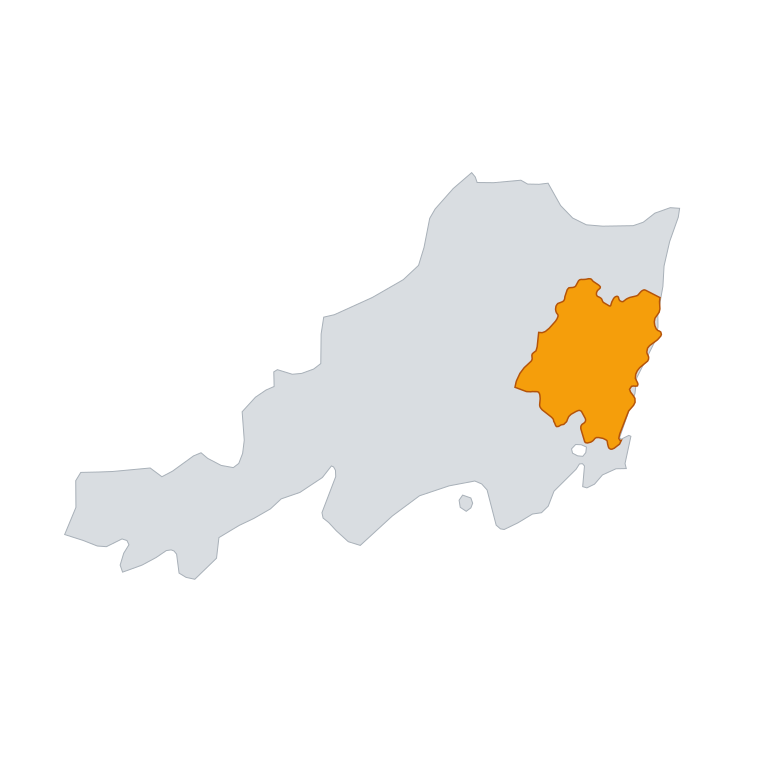 Lori highlighted on a map of Armenia, rotated 110°
{"feature_id": "ARM-1674", "entity_name": "Lori", "entity_type": "Province", "adm_level": 1, "iso_a3": "ARM", "parent_name": "Armenia", "parent_adm1": "", "projection": "natural_earth1", "projection_center": [44.445, 40.946], "detail": "fine", "context": "in_parent", "style": "filled", "palette": "amber", "viewbox_px": 768, "rotation_deg": 110, "n_neighbors": 0, "source": "natural_earth", "source_scale": "10m", "svg_char_len": 4651}
<svg xmlns="http://www.w3.org/2000/svg" viewBox="0 0 768 768"><g transform="rotate(110 384 384)"><path d="M341.8,463.5L335.9,454.4L306.6,424.5L279.4,401.6L260.7,392.1L241.9,393.1L212.7,397.7L202.0,395.8L176.6,385.8L155.4,373.9L158.3,369.0L162.8,365.4L157.4,350.0L145.7,325.1L147.0,317.4L143.3,306.6L139.2,298.5L155.9,279.1L163.5,263.5L165.2,248.3L160.9,232.5L150.0,204.0L143.3,195.7L130.8,187.9L120.4,175.3L117.8,166.3L126.6,164.5L152.4,164.3L177.3,161.2L196.9,155.3L225.2,150.4L236.8,146.0L250.4,143.9L291.8,148.6L307.2,144.9L353.7,144.3L354.9,142.4L348.6,136.4L348.7,134.1L376.3,130.3L380.6,127.4L384.3,137.0L394.7,147.6L406.1,151.9L412.2,157.8L412.5,162.2L392.4,167.6L391.0,170.3L392.3,173.0L398.3,174.3L426.6,187.6L442.6,187.9L451.1,192.0L455.4,200.0L468.8,210.8L479.6,221.3L480.3,225.0L478.3,230.3L448.3,250.9L444.5,258.0L444.1,265.5L457.4,287.9L476.9,312.4L505.1,331.0L543.8,351.1L544.4,363.6L538.3,378.5L533.1,388.6L530.8,395.4L526.1,398.3L487.5,397.7L481.7,400.1L479.2,403.0L479.0,405.4L492.9,409.9L514.6,425.9L527.1,441.3L540.2,448.0L554.8,460.3L566.5,471.8L584.8,486.6L605.0,481.8L632.2,495.0L633.4,503.9L631.8,511.9L614.8,520.7L612.7,524.3L612.7,527.3L615.0,531.6L625.0,538.8L636.9,549.4L650.2,565.3L644.4,570.0L632.0,570.7L622.3,568.7L619.0,572.0L619.2,577.2L631.8,589.2L634.3,598.0L633.9,613.3L634.7,632.6L605.3,631.3L580.3,640.6L570.8,638.7L564.4,622.3L559.0,609.0L542.9,575.0L547.1,561.0L538.2,552.9L516.7,538.4L511.2,532.4L514.2,524.2L516.2,509.2L514.1,497.0L508.3,493.3L497.6,493.1L484.6,496.1L458.6,507.8L440.4,500.3L430.0,492.8L423.9,486.4L410.3,491.7L407.0,489.1L406.2,473.5L402.2,465.0L394.0,455.2L386.4,450.4L358.5,460.2L341.8,463.5ZM384.5,183.2L385.3,177.6L384.0,172.5L379.5,170.9L374.0,172.2L373.6,177.8L375.3,183.2L380.8,185.6L384.5,183.2ZM473.8,270.2L467.5,273.7L461.5,272.1L461.4,263.4L465.7,259.9L470.7,260.0L475.5,263.2L473.8,270.2Z" fill="#d9dde1" stroke="#a8b0b8" stroke-width="1"/><path d="M350.4,145.4L354.8,144.8L356.5,142.6L355.8,141.7L359.9,142.1L365.6,145.7L367.3,147.5L367.7,148.7L367.6,149.8L367.2,150.8L366.4,151.6L364.0,153.3L361.6,154.6L360.9,155.2L360.5,156.7L360.2,159.6L360.9,164.0L361.7,166.1L363.0,167.2L364.3,167.6L366.1,168.4L367.9,169.8L369.8,172.6L370.2,174.3L369.7,175.6L358.8,183.7L357.0,184.4L355.6,184.5L354.2,184.1L352.1,182.6L350.9,182.1L349.8,182.0L348.7,182.3L347.6,183.0L342.2,189.1L341.9,190.3L342.0,191.5L342.6,192.5L344.2,194.2L348.4,197.8L350.6,198.9L351.7,199.3L354.2,199.5L356.5,199.5L357.1,199.6L357.7,199.9L358.2,200.2L360.2,201.1L360.7,201.6L361.5,203.1L362.1,203.8L364.1,205.4L365.0,207.1L364.6,208.2L363.7,209.1L362.7,209.9L361.3,211.4L360.8,211.9L360.0,212.3L359.2,212.9L358.5,214.0L357.8,215.5L354.2,226.5L353.3,228.1L352.4,229.3L351.3,230.2L350.1,230.7L344.4,232.2L341.2,233.7L339.9,234.6L338.8,236.0L338.8,237.1L339.0,238.1L339.5,239.4L340.4,242.1L341.1,243.4L342.4,247.5L342.3,259.8L337.3,260.5L335.6,260.6L327.5,259.9L320.6,257.8L312.2,253.5L311.1,253.3L309.8,253.3L306.6,254.8L305.2,255.0L303.6,254.3L300.8,252.5L296.6,252.8L282.6,256.3L281.7,253.0L280.5,251.5L279.4,250.3L275.1,247.8L266.3,244.3L263.6,243.7L261.3,243.6L260.5,243.7L259.9,244.0L259.3,244.5L258.1,246.3L256.8,247.4L255.0,248.4L252.1,249.0L250.3,248.7L248.9,248.2L248.1,247.3L246.4,245.3L245.2,244.1L244.1,243.5L243.0,243.4L242.2,243.4L240.0,243.9L232.9,244.1L231.8,243.8L230.4,243.2L229.9,242.3L228.7,239.6L227.6,238.1L226.4,237.4L220.4,236.5L219.1,235.7L218.3,234.5L217.9,233.2L217.2,231.5L216.5,230.0L215.1,227.8L214.6,226.3L214.6,225.0L215.9,222.8L216.1,222.2L217.5,216.5L217.9,215.3L218.4,214.4L218.6,214.2L218.8,213.9L219.3,213.8L219.8,213.7L220.4,213.9L223.1,215.3L224.3,215.5L225.6,215.5L227.0,215.1L228.0,214.4L228.6,213.4L228.8,211.1L229.1,209.7L229.7,208.5L231.7,206.7L232.3,205.7L233.6,198.9L233.3,198.1L232.8,197.8L229.0,198.0L225.2,197.5L224.0,197.1L223.0,196.5L222.1,195.5L221.8,194.6L222.0,193.8L222.4,193.3L223.9,192.3L224.6,191.6L225.1,190.7L225.3,189.1L225.1,188.2L224.8,187.5L224.3,187.2L221.3,185.3L220.0,184.1L218.5,182.5L215.4,177.7L214.4,176.4L213.6,175.8L209.7,174.3L208.5,173.7L207.0,172.4L206.5,171.5L206.4,170.2L208.4,154.5L208.4,154.2L208.5,154.2L212.3,153.3L219.1,150.4L222.5,150.0L229.6,151.9L233.1,151.3L236.4,149.6L239.1,147.1L240.0,145.1L240.1,143.3L240.5,141.7L242.5,140.3L244.3,140.3L248.9,142.1L257.0,147.5L260.1,148.6L264.1,148.0L265.6,147.0L266.8,145.7L268.2,144.5L270.2,143.9L272.3,144.1L281.2,149.3L284.9,150.5L288.7,150.8L292.8,149.7L296.2,146.1L297.3,145.3L299.1,145.2L300.0,146.8L300.6,149.0L301.5,150.6L305.0,151.5L307.4,149.4L309.5,146.1L311.7,143.3L315.3,141.8L318.7,142.2L325.7,144.9L350.4,145.4Z" fill="#f59e0b" stroke="#b45309" stroke-width="1.5"/></g></svg>